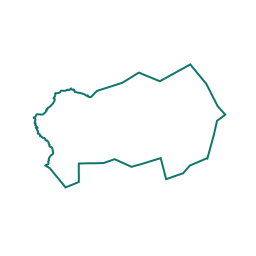 outline of Nalaix, Ulaanbaatar, Mongolia, rotated 237°
{"feature_id": "93677404B72325521473587", "entity_name": "Nalaix", "entity_type": "district", "adm_level": 2, "iso_a3": "MNG", "parent_name": "Mongolia", "parent_adm1": "Ulaanbaatar", "projection": "mercator", "projection_center": [107.515, 47.823], "detail": "fine", "context": "isolated", "style": "outline", "palette": "teal", "viewbox_px": 256, "rotation_deg": 237, "n_neighbors": 0, "source": "geoboundaries", "source_scale": "gbopen_adm2", "svg_char_len": 4177}
<svg xmlns="http://www.w3.org/2000/svg" viewBox="0 0 256 256"><g transform="rotate(237 128 128)"><path d="M59.3,178.1L71.8,192.1L75.6,196.4L84.1,205.1L85.5,206.5L85.5,206.9L85.6,207.4L85.9,212.1L86.2,216.8L86.4,216.8L96.7,215.2L97.5,215.0L97.9,215.1L122.2,217.7L123.4,217.6L126.7,217.2L143.0,215.3L147.1,214.9L147.4,214.9L149.1,191.0L149.9,180.1L165.3,169.5L168.5,167.4L168.6,165.5L169.0,148.4L169.1,147.6L169.9,144.6L176.0,122.2L175.9,121.8L175.6,120.2L174.2,114.1L174.3,113.7L174.3,113.4L174.9,112.6L175.5,112.1L175.8,111.8L176.1,111.6L176.4,111.7L176.7,111.8L177.1,112.0L177.3,112.0L177.4,111.8L177.4,111.7L177.5,111.5L177.6,111.0L177.8,110.7L178.2,110.4L179.1,110.3L179.4,110.1L181.2,108.9L182.9,107.4L184.2,106.0L186.9,103.4L187.0,103.2L187.5,103.1L188.0,103.3L188.3,103.4L188.8,103.3L189.5,103.5L189.9,103.4L190.0,103.1L190.0,102.7L190.3,102.3L190.6,102.0L190.9,101.9L191.1,101.8L191.8,101.7L192.1,101.7L192.1,101.3L192.0,101.0L191.8,100.7L191.8,100.3L191.8,100.0L192.0,99.8L192.1,99.5L192.2,99.3L192.1,99.1L192.1,98.8L192.3,98.5L192.5,98.3L192.9,98.2L193.1,98.0L193.1,97.9L193.1,97.7L193.2,97.2L193.3,96.0L193.7,95.1L193.8,94.9L194.3,94.2L195.1,93.2L195.3,92.9L195.6,92.4L195.5,91.9L195.4,91.5L195.0,90.5L195.0,90.1L195.0,89.5L195.4,88.3L196.4,86.7L196.7,86.1L196.6,85.8L196.5,85.6L196.4,85.6L196.2,85.5L195.7,85.3L195.1,84.9L194.6,84.4L194.4,84.1L194.2,83.7L194.0,83.2L193.9,82.7L193.7,82.2L193.4,81.8L193.2,81.8L192.9,81.9L192.8,82.0L192.3,82.2L192.0,82.1L191.8,82.1L191.2,81.6L190.5,80.6L189.9,79.3L189.7,78.9L189.4,78.3L189.2,77.7L189.1,76.9L189.1,76.7L188.7,75.7L188.6,75.2L188.6,74.8L188.6,74.5L188.6,74.0L188.5,73.8L188.4,73.7L188.3,73.1L188.5,72.4L188.5,71.9L188.2,71.2L188.0,70.3L187.9,70.2L187.6,69.4L187.4,69.0L187.2,69.1L187.1,69.4L186.6,68.5L186.2,67.4L186.0,66.7L185.9,65.0L185.8,64.2L186.0,63.4L186.2,63.1L186.6,62.4L187.3,61.6L188.3,60.3L188.3,60.2L189.0,59.3L189.1,59.0L189.0,58.6L188.9,58.0L188.7,57.6L188.2,57.0L188.0,56.7L187.8,56.3L187.8,55.9L187.9,55.4L188.1,55.1L188.1,54.7L187.7,54.6L187.6,54.9L187.4,55.2L187.1,55.4L186.8,55.3L186.4,55.2L185.6,55.1L185.0,54.4L184.7,54.3L184.3,53.9L184.0,53.3L183.9,53.1L183.7,52.9L183.4,52.9L183.2,52.8L182.9,52.5L182.6,52.3L182.4,52.4L182.2,52.9L181.8,52.8L181.6,52.6L181.4,52.2L181.1,51.9L180.8,51.9L180.5,52.2L180.2,52.3L179.8,52.1L179.3,51.9L178.8,52.1L178.5,52.2L178.1,52.2L178.3,51.7L178.6,51.4L178.5,51.0L178.1,50.9L177.5,50.9L177.1,51.1L176.8,51.3L176.7,51.1L176.6,50.9L175.4,50.7L175.1,50.6L174.7,50.6L174.3,50.7L173.8,50.5L173.4,50.2L172.9,49.8L172.6,49.5L172.3,49.4L172.1,49.6L171.8,49.9L171.4,50.2L170.9,50.4L170.4,50.4L170.0,50.4L169.8,50.2L169.5,49.9L169.2,49.8L168.9,49.9L168.8,50.2L168.5,50.6L168.1,50.8L167.7,50.8L167.1,50.9L166.6,51.0L165.9,51.4L165.5,52.0L165.0,52.5L164.3,52.5L163.1,52.4L162.6,52.2L162.3,52.4L161.9,52.9L161.5,53.3L160.8,53.3L160.3,53.5L159.7,53.7L159.3,53.7L159.0,53.4L158.5,53.1L158.0,52.9L157.3,52.9L157.0,53.0L156.7,53.1L156.3,52.7L156.2,52.5L155.6,52.3L154.9,52.3L154.4,52.6L154.1,53.0L153.6,53.4L153.0,53.4L152.5,53.4L151.8,53.3L150.8,52.9L150.2,52.7L149.4,52.2L148.5,52.2L148.0,51.6L147.5,51.4L147.3,51.2L147.1,50.6L147.1,49.9L147.1,49.5L147.0,49.1L147.0,48.4L146.8,47.8L146.5,47.1L146.3,46.6L146.0,45.9L145.6,45.1L144.8,44.4L144.1,44.3L143.9,44.0L143.8,43.8L143.6,43.3L143.5,43.2L143.4,42.9L142.7,42.6L141.8,42.2L141.7,42.1L141.3,41.7L141.2,41.2L141.2,40.9L141.4,40.6L141.5,40.1L141.6,39.4L141.6,38.9L141.4,38.3L141.0,38.5L137.0,40.5L112.3,43.3L112.3,43.2L112.2,43.2L111.5,47.0L110.6,51.4L109.9,55.1L109.5,57.3L111.0,58.3L113.4,59.9L116.7,62.0L118.0,62.8L120.1,64.2L121.8,65.3L125.0,67.4L122.7,71.1L121.3,73.4L118.5,77.9L116.9,80.3L115.1,83.3L113.1,86.5L111.9,88.4L111.6,89.7L111.0,92.1L110.3,95.0L109.7,97.5L109.1,99.9L107.6,100.8L103.3,103.5L99.3,106.1L96.0,108.2L93.6,109.7L93.0,111.5L92.1,114.4L90.8,118.4L90.3,120.1L89.2,123.9L88.4,126.9L87.4,130.4L86.6,133.0L84.9,139.0L82.5,138.2L79.5,137.2L75.8,136.0L71.4,134.5L66.1,132.7L64.4,132.1L63.9,133.9L63.0,137.4L62.6,139.2L61.7,142.9L61.2,144.9L60.0,149.6L60.6,151.8L61.7,155.5L62.8,159.5L62.6,160.9L62.2,163.1L61.4,167.3L60.7,171.7L59.6,178.0L59.3,178.1Z" fill="none" stroke="#0f766e" stroke-width="2"/></g></svg>